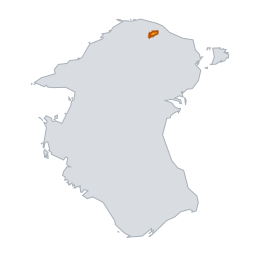 Tamworth, New South Wales, Australia (highlighted), rotated 272°
{"feature_id": "25037944B76870107962046", "entity_name": "Tamworth", "entity_type": "district", "adm_level": 2, "iso_a3": "AUS", "parent_name": "Australia", "parent_adm1": "New South Wales", "projection": "albers", "projection_center": [151.073, -30.922], "detail": "fine", "context": "in_parent", "style": "filled", "palette": "amber", "viewbox_px": 256, "rotation_deg": 272, "n_neighbors": 0, "source": "geoboundaries", "source_scale": "gbopen_adm2", "svg_char_len": 5738}
<svg xmlns="http://www.w3.org/2000/svg" viewBox="0 0 256 256"><g transform="rotate(272 128 128)"><path d="M175.3,39.8L179.7,53.3L184.0,52.4L189.1,56.2L190.4,64.7L193.4,67.5L194.5,75.4L196.7,79.5L210.6,86.8L216.2,99.5L217.7,100.1L217.9,97.8L220.9,100.1L221.3,99.0L222.6,105.5L224.3,107.4L228.0,109.5L235.2,120.6L234.8,127.9L237.3,136.9L233.5,153.4L231.0,159.4L225.0,166.2L219.6,179.7L218.4,189.9L208.6,192.5L203.9,197.0L200.9,197.5L201.8,199.9L196.9,196.5L197.6,195.6L197.2,194.8L196.4,194.8L194.9,196.4L193.7,195.5L195.5,193.9L194.3,192.9L188.2,198.7L178.0,196.8L169.6,190.9L168.8,185.7L164.6,181.4L166.2,181.4L166.0,180.0L160.8,182.0L162.0,178.3L159.4,173.5L158.1,179.5L154.2,180.6L154.6,178.6L156.4,178.3L158.2,170.1L156.7,164.2L154.7,170.8L151.0,173.7L148.9,177.8L149.5,179.6L147.9,179.6L145.1,177.9L146.7,177.6L145.0,174.1L141.9,170.3L139.8,170.0L138.9,166.4L122.3,162.8L97.1,172.8L89.9,179.0L87.6,185.1L70.1,190.2L62.5,199.2L56.0,200.9L47.5,199.0L46.1,194.8L48.0,194.9L48.7,191.9L46.0,183.3L40.8,177.9L37.0,170.1L22.8,156.3L26.8,156.9L23.0,152.5L25.5,155.0L28.3,155.0L20.5,146.0L18.7,130.5L20.5,133.7L22.3,128.9L30.9,118.8L34.8,118.0L52.7,105.8L57.9,95.3L56.0,89.9L59.0,84.9L64.0,90.2L64.9,86.3L62.1,84.4L62.4,82.8L69.3,82.1L67.1,82.0L67.9,79.3L66.2,77.4L69.7,76.3L68.0,75.0L71.0,74.0L69.4,72.0L71.5,68.8L72.0,70.3L74.1,69.6L73.6,66.6L76.9,67.0L78.3,64.2L82.0,65.1L87.2,68.3L87.1,71.7L89.5,67.9L96.1,68.8L97.0,66.8L93.8,64.8L99.1,52.3L100.7,52.7L102.7,49.5L103.8,50.5L111.4,48.3L110.7,45.7L105.2,44.6L105.9,43.8L125.6,46.5L130.7,43.7L129.7,46.0L132.1,46.9L134.6,43.9L137.4,45.8L135.1,51.2L131.9,52.1L132.5,55.7L130.3,61.8L148.2,70.0L152.8,70.6L154.4,72.9L162.0,73.9L166.5,64.4L165.7,51.2L166.1,46.2L168.0,44.9L166.3,42.8L170.3,33.0L175.3,39.8ZM194.4,209.3L202.0,211.9L210.7,209.8L211.4,217.8L210.8,216.3L210.0,218.1L209.9,223.3L206.8,221.3L205.1,226.1L201.3,225.9L202.0,224.5L198.7,222.4L197.1,218.4L198.6,219.0L194.9,213.6L194.4,209.3ZM96.3,45.6L101.7,44.6L103.6,45.7L100.5,49.1L96.3,45.6ZM153.0,184.7L160.7,183.5L157.6,185.2L153.0,184.7ZM137.0,54.3L138.5,57.0L135.0,56.9L135.3,54.9L137.0,54.3ZM234.8,119.3L234.6,115.9L235.8,113.2L236.3,115.2L234.8,119.3ZM208.4,204.0L210.9,204.6L211.0,205.7L208.4,204.0ZM95.9,46.5L98.3,48.8L94.9,49.3L95.9,46.5ZM191.5,205.3L190.1,205.1L190.7,203.1L191.5,205.3ZM156.6,67.9L155.1,68.9L153.6,69.6L154.2,67.9L156.6,67.9ZM22.5,155.5L20.9,154.4L20.3,153.0L20.5,152.9L22.5,155.5ZM210.5,206.8L211.5,207.6L209.6,207.0L210.5,206.8ZM223.6,105.9L224.8,105.9L224.8,107.4L223.6,105.9ZM194.9,75.3L196.3,76.1L196.1,76.6L194.9,75.3ZM206.8,224.1L207.0,225.4L206.1,225.0L206.8,224.1ZM236.5,129.2L236.5,131.1L236.4,131.0L236.5,129.2ZM110.0,43.0L109.0,42.4L109.5,41.9L110.0,43.0ZM135.3,39.4L134.1,41.0L135.4,38.3L135.3,39.4ZM236.7,127.0L236.1,127.6L236.5,127.0L236.7,127.0ZM140.5,64.7L139.8,65.1L140.1,64.4L140.5,64.7ZM134.4,54.6L133.5,54.8L133.9,53.9L134.4,54.6ZM24.0,121.1L24.1,122.3L23.7,122.4L24.0,121.1ZM168.6,32.5L168.7,33.4L168.2,32.8L168.6,32.5ZM196.4,195.3L196.6,195.8L196.3,195.7L196.4,195.3ZM133.8,41.4L132.2,42.6L133.8,41.2L133.8,41.4ZM69.2,70.6L68.8,71.4L69.0,70.6L69.2,70.6ZM207.3,223.2L206.9,223.4L207.1,223.0L207.3,223.2ZM156.2,71.3L155.2,71.4L155.7,70.8L156.2,71.3ZM66.9,76.4L66.6,76.9L66.3,76.0L66.9,76.4ZM210.7,220.3L210.1,220.7L210.3,220.0L210.7,220.3ZM169.0,29.9L169.0,30.5L168.4,30.2L169.0,29.9ZM196.1,196.1L196.7,196.7L195.7,196.5L196.1,196.1ZM212.3,86.7L211.6,86.7L211.9,86.0L212.3,86.7ZM217.4,97.7L217.1,97.7L217.3,97.1L217.4,97.7ZM194.7,208.4L194.6,208.8L194.3,208.2L194.7,208.4Z" fill="#d9dde1" stroke="#a8b0b8" stroke-width="1"/><path d="M221.4,151.2L221.5,151.2L221.6,151.3L221.8,151.6L221.9,151.8L222.0,151.8L222.2,152.0L222.4,152.1L222.3,152.3L222.4,152.5L222.4,152.8L222.6,152.9L222.6,153.0L222.8,153.2L222.8,153.3L223.0,153.4L223.0,153.5L223.1,153.8L223.3,154.0L223.5,154.1L223.4,154.3L223.5,154.3L223.8,154.3L224.0,154.4L224.1,154.5L224.3,154.5L224.5,154.5L224.8,154.6L224.8,154.4L225.0,154.3L225.0,154.2L225.3,154.1L225.5,154.0L225.7,154.3L225.8,154.3L225.9,154.1L226.0,154.0L225.8,153.9L225.7,153.9L225.6,153.7L225.6,153.4L225.7,153.2L225.9,153.0L225.8,152.9L225.8,152.7L225.7,152.7L225.6,152.3L225.5,152.5L225.4,152.5L225.3,152.4L225.4,152.0L225.5,151.9L225.3,152.0L225.3,151.9L225.2,151.8L225.1,151.7L225.2,151.4L225.1,151.2L225.3,151.1L225.2,150.9L225.3,150.8L225.2,150.8L225.3,150.8L225.1,150.7L225.3,150.5L225.3,150.4L225.2,150.3L225.1,150.2L225.3,149.9L225.3,150.0L225.4,149.7L225.5,149.5L225.5,149.3L225.5,149.2L225.4,149.2L225.2,149.0L224.9,149.0L224.8,148.9L224.7,148.9L224.5,148.7L224.4,148.6L224.3,148.4L224.1,148.2L223.9,148.1L223.8,147.8L223.7,147.8L223.7,147.7L223.5,147.4L223.6,147.2L223.4,147.3L223.4,147.2L223.3,147.3L223.2,147.2L223.2,146.9L223.2,146.7L223.3,146.6L223.2,146.5L223.3,146.5L223.3,146.4L223.3,146.2L223.2,146.1L223.2,145.9L222.9,145.9L222.7,145.9L222.5,146.0L222.4,146.0L222.3,146.3L222.2,146.2L222.2,146.3L222.0,146.5L222.0,146.4L221.9,146.3L221.7,146.4L221.5,146.5L221.4,146.4L221.4,146.5L221.4,146.4L221.3,146.5L221.1,146.6L221.0,146.4L220.9,146.3L220.7,146.3L220.7,146.2L220.7,146.3L220.4,146.5L220.2,146.6L220.0,146.4L219.9,146.4L219.9,146.2L219.7,146.2L219.4,146.2L219.2,146.1L219.2,145.9L219.1,146.0L219.2,146.3L219.3,146.4L219.3,146.5L219.2,146.5L219.3,146.6L219.3,146.8L219.4,147.0L219.5,146.9L219.5,147.0L219.8,147.3L220.0,147.2L220.1,147.3L220.1,147.5L220.1,147.9L220.2,148.0L220.3,148.0L220.2,148.1L220.3,148.3L220.4,148.2L220.4,148.3L220.5,148.3L220.7,148.5L220.8,148.5L220.7,148.8L220.7,149.0L220.7,149.3L220.9,149.4L220.8,149.5L221.0,149.5L221.2,149.8L221.1,150.1L220.9,150.1L221.0,150.2L221.0,150.3L221.0,150.2L221.1,150.3L221.1,150.5L221.2,150.8L221.3,150.8L221.4,151.2Z" fill="#f59e0b" stroke="#b45309" stroke-width="1.5"/></g></svg>